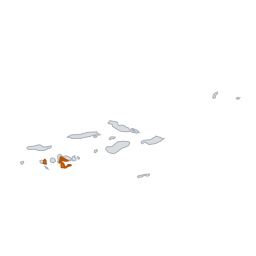 South New Georgia-Rendova, Western, Solomon Islands shown in context, rotated 320°
{"feature_id": "97153195B70216176300277", "entity_name": "South New Georgia-Rendova", "entity_type": "district", "adm_level": 2, "iso_a3": "SLB", "parent_name": "Solomon Islands", "parent_adm1": "Western", "projection": "orthographic", "projection_center": [157.385, -8.25], "detail": "fine", "context": "in_parent", "style": "filled", "palette": "amber", "viewbox_px": 256, "rotation_deg": 320, "n_neighbors": 0, "source": "geoboundaries", "source_scale": "gbopen_adm2", "svg_char_len": 7356}
<svg xmlns="http://www.w3.org/2000/svg" viewBox="0 0 256 256"><g transform="rotate(320 128 128)"><path d="M99.9,129.0L104.0,132.1L105.8,131.9L111.2,131.9L114.4,134.2L116.3,135.2L117.4,137.2L118.7,137.6L119.5,138.6L119.9,140.4L117.9,141.4L116.7,141.7L113.6,141.0L110.6,139.6L104.6,139.4L101.8,138.9L100.8,138.4L99.9,137.7L98.5,136.0L97.4,134.0L97.3,132.8L97.2,130.6L97.5,129.7L98.7,128.9L99.9,129.0ZM118.9,110.8L123.5,116.6L123.3,117.6L122.7,118.2L122.5,120.1L123.0,120.9L124.3,121.2L126.5,123.3L127.4,126.6L128.3,127.7L128.3,130.1L130.3,133.4L130.5,135.0L130.3,135.7L129.4,135.3L127.0,131.5L124.2,129.9L123.9,129.2L121.1,127.0L119.2,123.3L117.2,116.7L118.2,115.1L115.9,111.9L116.0,111.1L117.6,111.3L118.0,110.9L118.9,110.8ZM101.8,113.6L102.4,115.4L99.9,113.8L98.0,111.8L92.5,109.6L91.3,108.5L90.4,108.4L87.5,106.6L84.8,105.4L82.7,103.2L81.7,102.8L79.9,101.1L78.2,100.0L77.6,97.9L76.0,96.5L75.6,95.9L80.8,97.1L83.3,99.3L85.3,100.6L86.1,101.5L87.9,102.8L89.6,102.9L91.3,104.2L92.8,104.6L94.0,105.2L101.8,111.0L100.8,112.5L101.8,113.6ZM136.6,150.6L139.0,151.8L140.3,151.6L142.3,152.4L143.9,152.0L144.8,153.0L147.2,156.9L147.2,158.2L148.8,159.1L147.5,159.2L145.6,158.8L144.1,159.1L142.6,158.3L140.1,157.9L137.9,156.9L133.2,154.0L133.3,152.6L132.5,151.9L132.3,150.1L130.7,149.5L128.7,149.4L128.6,148.5L129.0,147.1L130.4,147.1L132.2,147.7L136.6,150.6ZM57.2,91.8L57.8,92.4L56.4,93.6L54.4,93.0L54.0,92.0L52.6,92.2L49.9,91.6L46.2,88.9L42.2,83.8L38.4,80.9L37.7,80.0L37.6,78.6L38.1,78.0L40.5,78.6L43.5,81.0L48.6,83.4L49.9,84.6L50.8,87.6L51.7,88.5L54.4,90.8L57.2,91.8ZM62.4,109.2L63.6,110.8L65.0,114.3L64.7,115.5L63.8,115.5L63.5,116.3L62.2,114.6L60.4,114.1L59.1,113.1L58.6,109.7L57.5,109.5L54.6,109.8L53.7,110.9L52.4,110.6L52.1,109.6L52.3,108.6L54.1,107.7L54.4,106.4L56.2,104.3L57.3,103.9L59.3,104.7L59.6,107.7L60.3,108.7L62.4,109.2ZM115.0,177.3L113.6,178.0L112.5,177.7L111.6,177.1L110.8,175.7L109.3,174.7L107.0,174.4L105.9,173.4L104.3,173.1L103.8,172.3L104.0,171.5L104.2,171.1L105.7,171.5L112.6,175.4L115.0,177.3ZM42.1,103.1L41.7,103.4L41.1,102.3L40.6,102.0L40.6,100.9L38.7,99.0L38.6,97.7L39.7,96.4L41.2,97.2L42.6,98.8L44.4,99.3L44.0,100.3L42.5,102.2L42.1,103.1ZM51.6,106.1L50.8,106.9L48.8,106.8L47.2,104.8L47.2,103.4L48.5,102.0L49.9,101.8L50.8,102.3L51.5,103.4L51.8,104.9L51.6,106.1ZM68.9,117.7L67.1,119.2L65.7,118.7L64.6,117.4L65.2,115.4L66.3,115.0L66.9,114.3L68.9,114.8L69.4,115.2L68.2,116.2L68.9,116.9L68.9,117.7ZM218.9,159.1L215.8,159.4L214.6,160.8L213.0,160.6L212.5,159.4L212.5,158.9L213.4,159.0L213.9,157.9L214.8,157.4L216.9,157.2L219.5,157.8L218.8,158.8L218.9,159.1ZM133.7,136.0L133.7,138.8L132.3,137.3L131.7,137.8L131.0,137.1L131.2,133.9L130.3,130.8L131.1,131.1L133.7,136.0ZM55.4,118.2L55.4,118.5L54.3,117.9L52.0,115.4L52.4,114.5L54.5,112.8L55.2,112.6L55.8,113.6L55.3,115.2L54.6,115.6L54.3,117.0L55.4,118.2ZM107.8,123.8L109.4,124.0L112.3,126.6L111.6,127.4L110.3,126.9L109.8,127.1L109.4,126.2L107.9,125.5L106.6,125.4L106.4,124.5L107.8,123.8ZM89.3,126.1L87.1,125.8L86.4,125.2L87.2,124.2L88.2,123.6L89.1,124.2L90.1,124.3L90.2,125.6L89.3,126.1ZM26.0,87.4L24.1,87.8L22.9,87.2L23.4,85.8L24.1,85.0L26.5,86.3L26.0,87.4ZM98.8,114.4L97.9,114.7L96.6,113.9L96.0,113.3L96.3,112.3L97.1,111.9L97.9,112.6L98.0,113.3L98.8,114.4ZM233.1,176.7L231.5,177.0L230.8,176.9L229.8,175.2L230.6,174.9L231.8,175.0L232.1,176.0L233.1,176.7ZM60.2,119.1L60.2,119.7L59.1,119.5L56.7,118.5L56.6,118.1L58.0,117.9L59.0,118.0L60.2,119.1ZM40.7,106.4L40.3,108.3L39.3,106.0L39.5,104.0L39.9,103.8L40.7,106.4ZM71.7,119.8L70.3,120.4L69.8,119.6L70.9,117.5L71.7,119.8Z" fill="#d9dde1" stroke="#a8b0b8" stroke-width="1"/><path d="M53.8,110.6L53.7,110.6L53.8,110.6L54.2,110.4L54.3,110.2L54.2,110.1L54.1,109.9L54.3,109.9L54.2,109.8L54.6,109.5L54.8,109.6L54.8,109.9L54.7,110.0L54.9,110.1L55.1,110.0L55.3,109.8L55.5,109.8L55.7,110.0L55.7,109.8L56.2,109.6L56.4,109.7L56.5,109.5L56.8,109.6L57.0,109.5L57.1,109.3L57.1,109.2L57.3,109.5L57.2,109.5L57.2,109.8L57.3,109.8L57.3,109.7L57.5,109.7L57.8,109.5L57.7,109.4L57.9,109.4L57.9,109.2L58.1,109.4L58.3,109.4L58.4,109.5L58.5,110.0L58.8,110.1L58.7,110.2L58.7,110.3L58.7,110.5L58.9,110.9L59.2,111.0L59.0,111.3L59.0,111.5L59.3,111.4L59.1,111.6L59.3,111.6L59.5,111.5L59.8,111.7L59.8,111.9L59.7,111.9L59.6,112.2L59.4,112.3L59.5,112.1L59.4,112.0L59.4,111.8L59.2,112.0L58.8,111.8L58.7,111.8L58.7,111.6L58.6,111.4L58.4,111.9L58.7,112.4L58.7,112.7L59.3,113.0L59.5,113.6L60.2,113.9L60.3,114.0L60.9,114.4L58.2,107.0L57.3,107.0L53.4,110.3L53.8,110.6ZM55.8,113.8L55.7,113.6L55.6,113.4L55.6,113.1L55.4,113.0L55.4,112.8L55.4,112.7L55.2,112.5L55.1,112.4L55.2,112.5L55.1,112.4L55.0,112.5L55.0,112.4L54.9,112.4L54.6,112.3L54.4,112.2L54.4,112.3L54.2,112.5L53.9,112.7L53.9,112.8L53.7,113.0L53.8,113.0L53.7,113.1L53.5,113.3L53.4,113.4L53.4,113.5L53.2,113.6L53.3,113.7L53.2,113.6L53.1,114.1L52.6,114.2L52.1,114.8L51.9,115.2L51.7,115.4L51.8,115.7L52.0,115.9L52.2,116.1L52.3,116.1L52.7,116.4L52.7,116.5L52.9,116.6L53.0,116.7L53.3,116.8L53.4,117.0L53.4,116.9L53.5,116.9L53.5,117.0L53.7,117.5L53.9,117.9L54.1,117.9L54.4,118.2L54.8,118.2L55.0,118.4L55.3,118.5L55.5,118.5L55.7,118.3L55.1,118.1L54.9,117.9L54.6,117.8L54.5,117.7L54.4,117.4L54.4,116.9L54.2,116.6L54.4,116.2L54.4,115.9L54.3,115.6L54.6,115.4L54.8,115.3L54.8,115.5L55.0,115.7L55.1,115.1L55.5,114.5L55.5,114.4L55.6,114.2L55.7,113.7L55.8,113.8ZM40.5,100.6L41.8,102.0L42.4,102.5L42.5,102.2L42.7,101.4L42.8,101.4L42.9,101.0L43.3,100.9L43.7,100.5L43.7,100.4L44.0,100.0L43.9,99.8L44.0,99.4L43.9,99.3L43.9,99.2L43.8,99.3L43.7,99.2L43.6,98.9L43.4,99.0L43.5,99.0L43.3,99.0L43.3,98.9L42.9,99.0L42.9,98.8L42.5,98.9L40.5,100.6ZM60.4,119.4L60.1,119.2L59.7,118.7L59.4,118.5L59.4,118.4L58.9,118.2L58.5,117.9L58.4,117.8L58.2,118.0L57.9,118.2L57.5,118.1L57.4,118.2L57.2,118.1L56.9,118.0L56.5,118.0L56.4,118.1L56.1,118.1L56.4,118.4L56.6,118.4L56.8,118.7L57.1,118.8L57.4,118.8L58.3,119.1L58.5,119.1L59.0,119.5L59.4,119.6L59.8,119.9L60.4,119.9L60.4,119.6L60.4,119.4ZM58.3,110.4L58.1,110.2L57.8,110.2L57.6,110.3L57.5,110.5L57.2,110.2L56.8,110.0L56.8,110.7L57.0,110.7L57.2,110.4L57.3,110.6L57.3,110.8L57.6,110.7L57.6,110.3L58.0,110.2L58.3,110.4ZM58.4,112.4L58.2,112.1L58.0,111.7L57.8,111.7L57.9,111.8L58.0,112.2L58.4,112.5L58.4,112.4ZM56.0,110.3L55.8,110.2L55.8,110.3L55.3,110.3L54.9,110.5L54.6,110.5L54.8,110.6L55.2,110.5L55.5,110.5L55.6,110.4L56.0,110.3ZM58.7,111.3L58.5,110.8L58.5,110.5L58.3,110.4L58.5,110.6L58.5,111.0L58.7,111.5L58.7,111.3ZM54.6,110.6L54.4,110.7L54.4,110.9L54.2,111.1L54.3,111.0L54.6,110.6ZM56.3,109.9L56.2,109.8L56.3,110.0L56.3,109.9ZM54.5,110.0L54.4,109.9L54.3,110.0L54.5,110.0ZM54.3,112.2L54.0,112.1L54.3,112.2ZM53.4,113.5L53.4,113.4L53.3,113.5L53.3,113.3L53.2,113.5L53.4,113.5ZM54.9,112.4L54.6,112.2L54.8,112.3L54.9,112.4ZM56.8,110.0L56.7,110.0L56.8,110.0ZM54.5,112.2L54.3,112.2L54.5,112.2ZM55.3,115.7L55.2,115.6L55.3,115.7ZM57.8,109.9L57.7,109.8L57.8,109.9ZM57.8,111.7L57.7,111.7L57.8,111.7ZM56.0,110.2L55.9,110.0L56.0,110.2ZM54.0,112.2L53.9,112.2L54.0,112.2ZM58.7,110.9L58.8,110.8L58.7,110.8L58.7,110.9ZM54.5,110.5L54.3,110.5L54.5,110.5ZM54.5,110.3L54.4,110.3L54.5,110.3ZM54.4,110.3L54.3,110.2L54.3,110.3L54.4,110.3ZM54.3,110.6L54.2,110.7L54.3,110.7L54.3,110.6ZM56.4,109.9L56.3,110.0L56.4,109.9ZM54.5,110.5L54.4,110.5L54.5,110.6L54.5,110.5ZM55.5,110.0L55.5,109.9L55.4,110.0L55.5,110.0ZM53.4,113.3L53.4,113.2L53.3,113.3L53.4,113.3ZM57.5,111.1L57.4,111.1L57.5,111.1Z" fill="#f59e0b" stroke="#b45309" stroke-width="1.5"/></g></svg>